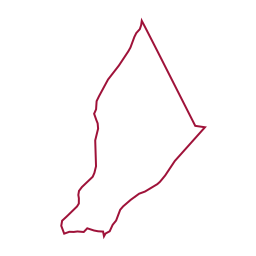 outline of Rodolfo Fernandes, Rio Grande do Norte, Brazil, rotated 354°
{"feature_id": "56859067B55531963216971", "entity_name": "Rodolfo Fernandes", "entity_type": "district", "adm_level": 2, "iso_a3": "BRA", "parent_name": "Brazil", "parent_adm1": "Rio Grande do Norte", "projection": "natural_earth1", "projection_center": [-38.107, -5.85], "detail": "fine", "context": "isolated", "style": "outline", "palette": "rose", "viewbox_px": 256, "rotation_deg": 354, "n_neighbors": 0, "source": "geoboundaries", "source_scale": "gbopen_adm2", "svg_char_len": 805}
<svg xmlns="http://www.w3.org/2000/svg" viewBox="0 0 256 256"><g transform="rotate(354 128 128)"><path d="M53.5,226.4L58.8,225.1L63.2,225.7L66.9,225.6L73.1,226.8L77.0,223.5L83.5,226.4L87.5,227.6L92.4,228.4L92.8,233.2L94.6,230.6L99.0,228.8L102.6,222.7L106.5,218.8L111.7,208.5L115.0,205.4L123.2,199.7L132.2,194.5L138.2,193.0L151.3,186.9L154.1,184.9L160.0,179.1L171.1,165.7L204.6,135.3L195.1,132.9L165.1,54.2L155.8,30.1L152.9,22.8L151.8,27.2L150.1,30.9L146.2,34.4L143.9,38.0L138.8,48.3L136.3,51.8L125.4,65.0L113.2,77.7L102.6,93.2L99.6,98.0L98.2,106.1L95.8,110.3L97.4,117.0L98.3,120.2L98.2,125.5L94.1,136.9L92.2,162.7L89.9,169.1L87.8,172.8L76.0,181.9L72.7,185.4L71.6,189.4L71.8,192.7L71.2,198.0L69.1,200.7L57.4,209.9L52.8,213.3L51.4,218.3L53.5,226.4Z" fill="none" stroke="#9f1239" stroke-width="2"/></g></svg>